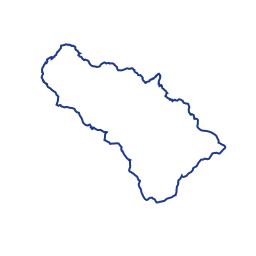 the district of Dragomiresti, Maramures, Romania, rotated 286°
{"feature_id": "2599482B97078455585458", "entity_name": "Dragomiresti", "entity_type": "district", "adm_level": 2, "iso_a3": "ROU", "parent_name": "Romania", "parent_adm1": "Maramures", "projection": "equal_earth", "projection_center": [24.279, 47.603], "detail": "fine", "context": "isolated", "style": "outline", "palette": "blue", "viewbox_px": 256, "rotation_deg": 286, "n_neighbors": 0, "source": "geoboundaries", "source_scale": "gbopen_adm2", "svg_char_len": 5822}
<svg xmlns="http://www.w3.org/2000/svg" viewBox="0 0 256 256"><g transform="rotate(286 128 128)"><path d="M148.9,194.1L150.4,194.1L154.8,193.1L155.5,192.2L155.7,191.5L155.7,190.6L155.1,189.7L155.1,189.3L155.3,189.0L157.3,188.2L158.6,187.5L158.9,185.3L158.6,185.0L158.1,184.9L158.1,184.5L158.3,184.1L159.2,183.4L160.0,182.2L162.9,181.1L164.8,181.3L165.4,180.8L167.7,179.3L167.8,178.6L167.5,176.2L167.6,174.6L168.0,174.0L168.8,173.7L169.6,171.7L169.8,169.8L169.7,169.2L169.2,168.7L168.0,168.0L167.7,166.5L167.7,166.1L168.1,165.6L168.1,165.3L167.2,164.3L166.4,163.6L166.9,163.4L167.0,163.0L167.2,162.8L166.6,162.2L166.7,161.9L167.1,161.7L166.9,161.1L167.2,161.2L167.4,160.9L167.6,159.6L167.4,159.1L168.0,157.3L168.7,156.0L168.8,155.2L169.2,155.1L169.9,155.6L171.9,155.4L172.3,155.6L172.5,156.0L173.8,154.3L175.3,151.4L175.4,150.6L175.9,149.9L177.7,149.0L177.9,148.8L177.8,148.3L178.4,148.1L178.2,147.6L177.1,147.2L176.9,146.8L178.0,146.5L178.4,145.4L178.8,145.2L179.4,145.3L179.6,145.5L180.1,145.1L181.1,144.7L182.3,144.7L184.3,145.1L185.5,145.0L186.0,144.7L186.7,144.9L187.8,144.0L188.7,142.9L188.3,142.1L187.0,141.7L186.8,141.2L186.1,140.6L185.3,140.8L185.0,140.2L184.0,139.9L183.1,139.1L182.4,139.0L182.3,138.8L182.5,138.6L182.5,138.2L181.9,137.6L181.1,137.4L180.8,136.4L180.1,135.8L178.8,135.8L178.4,134.7L177.5,133.7L177.1,132.8L176.2,132.6L176.2,132.0L177.4,130.5L177.5,130.0L178.6,128.8L179.1,128.4L180.2,128.4L181.4,126.9L182.3,125.2L181.8,124.4L181.7,123.1L183.1,122.0L183.8,119.1L184.6,118.4L185.6,118.1L185.5,117.4L186.5,116.1L186.5,115.7L186.5,115.0L185.7,114.0L185.1,112.9L185.2,111.6L185.0,110.4L183.2,108.3L181.6,105.9L181.1,103.7L180.8,103.0L180.9,102.3L181.8,101.4L183.5,100.6L183.8,99.7L184.7,98.4L185.0,97.3L185.7,96.7L185.7,96.1L185.9,95.5L185.2,93.1L184.9,92.6L185.0,91.8L185.2,91.7L185.1,91.3L184.5,89.9L184.0,89.3L184.4,88.2L184.5,87.3L182.4,85.0L181.1,84.3L179.6,83.9L179.2,83.6L178.0,81.0L178.1,80.1L178.0,79.3L178.1,78.4L177.7,77.6L177.7,76.5L178.3,74.7L179.1,73.8L179.3,73.2L180.6,72.3L180.9,71.8L181.4,71.6L181.9,69.6L181.9,67.8L181.5,67.5L181.5,67.2L181.2,67.1L181.2,66.9L181.7,66.2L181.7,65.5L183.4,63.7L183.5,63.3L183.4,62.0L183.9,61.2L184.3,60.2L185.4,60.3L186.5,61.3L186.6,60.6L187.0,60.0L187.1,59.4L188.4,58.2L188.4,57.5L188.7,56.4L189.1,56.2L189.5,55.5L190.9,55.2L191.3,55.0L191.5,54.7L191.4,54.4L191.7,53.9L191.6,53.3L192.0,52.4L191.4,51.7L191.3,50.8L192.0,50.0L191.9,49.1L191.5,48.6L191.7,48.3L191.7,47.6L191.3,46.9L191.4,46.6L191.4,45.8L191.3,45.1L190.3,44.2L190.2,43.7L189.2,42.2L188.9,41.1L187.4,41.1L186.5,41.5L183.5,40.3L182.4,39.8L182.1,39.4L181.8,39.5L180.9,38.9L178.4,38.8L177.9,38.2L177.1,37.6L176.1,37.6L175.4,36.8L173.9,36.1L173.4,35.6L175.2,35.4L175.2,34.9L174.3,34.0L174.2,33.6L173.7,33.3L172.3,31.9L171.8,31.7L171.4,31.3L170.9,31.3L170.0,32.1L168.1,31.9L167.7,31.7L167.4,31.0L167.8,30.6L167.0,30.5L165.7,29.9L164.1,29.8L162.1,29.2L160.6,29.2L159.5,29.7L158.2,29.9L158.2,30.2L158.0,30.6L156.6,31.4L155.0,31.1L152.8,31.0L150.3,33.6L150.1,33.4L149.5,34.4L149.1,34.2L148.2,36.4L148.3,36.9L148.0,37.1L148.0,37.4L147.8,37.4L147.7,38.2L146.9,38.3L145.3,39.8L144.7,42.4L144.2,43.1L144.2,43.5L143.6,44.1L143.2,45.7L142.8,46.3L142.6,47.8L141.7,49.1L140.3,50.0L139.1,52.3L137.7,52.6L136.6,52.6L136.0,52.9L134.6,53.1L130.7,52.9L130.2,55.1L131.0,55.7L131.4,56.9L130.8,57.3L130.6,57.6L130.4,58.7L130.4,60.7L130.4,61.5L131.2,62.7L131.4,63.7L131.4,66.4L131.8,68.9L131.6,71.1L131.4,71.6L130.4,72.2L129.3,74.0L129.1,75.0L129.1,75.5L129.0,76.0L129.1,76.6L128.4,76.9L126.4,78.6L125.0,80.3L122.9,82.0L121.3,82.9L120.3,84.1L119.4,85.9L119.2,87.7L119.3,88.8L119.8,89.0L120.8,90.3L120.3,90.7L119.7,91.7L119.2,92.0L118.7,92.0L118.9,92.6L118.5,93.1L118.0,93.3L117.6,93.1L117.3,93.5L118.0,93.7L118.0,94.2L117.7,94.1L117.6,94.3L118.1,94.7L118.2,93.8L118.3,93.8L119.0,95.0L119.0,95.3L118.2,96.5L117.7,99.1L118.1,100.5L118.0,100.9L118.6,102.2L118.1,104.1L117.9,104.3L117.5,106.3L117.9,107.2L118.1,108.1L118.1,108.8L116.5,107.9L115.6,107.8L111.5,108.6L109.9,108.7L109.7,109.5L109.8,110.0L109.3,111.6L109.0,113.9L108.7,114.3L108.2,114.7L107.8,115.3L108.2,115.8L109.2,118.8L109.8,120.3L110.4,122.2L110.5,123.2L108.3,126.2L107.9,127.1L105.7,127.3L104.7,128.3L104.4,128.3L104.3,128.8L104.0,129.0L104.1,129.3L103.8,129.6L102.1,130.9L100.1,133.3L99.6,134.3L98.7,135.1L98.5,135.9L97.4,137.8L97.5,138.0L98.0,138.3L97.9,139.1L97.3,139.1L97.3,138.8L97.7,138.5L97.6,138.3L97.2,138.5L96.8,139.1L95.0,139.5L91.8,140.7L90.6,140.9L89.9,140.7L88.0,140.7L87.1,141.0L86.6,141.7L86.4,143.5L85.8,144.6L85.8,145.5L84.7,147.6L83.7,150.2L82.7,151.1L82.1,151.4L81.1,152.3L80.8,152.6L80.8,153.6L80.6,154.0L80.0,154.1L77.0,153.8L75.9,154.2L74.7,155.2L73.9,155.6L73.6,156.0L73.5,156.4L73.0,157.0L69.7,158.8L66.7,161.3L64.6,163.6L64.0,165.3L64.0,166.0L64.2,166.3L66.6,168.0L67.1,168.9L67.7,170.3L67.0,171.3L67.0,172.6L66.8,173.3L65.5,174.6L64.7,175.7L64.3,175.9L64.9,177.7L65.8,178.8L66.4,180.4L67.2,181.3L67.3,181.9L68.0,183.1L70.4,184.6L70.9,185.1L73.6,189.3L74.7,190.1L76.5,192.0L76.6,192.3L77.6,192.1L78.3,192.3L79.7,192.3L80.8,192.1L81.4,191.7L82.4,191.7L84.8,191.2L85.8,191.3L87.1,191.7L88.7,191.6L89.1,191.5L89.5,191.1L90.2,191.2L91.3,190.9L91.7,190.9L93.0,191.9L93.8,192.2L95.9,192.8L96.9,192.9L96.4,193.3L96.2,193.9L96.3,194.8L97.0,196.1L98.2,197.4L101.0,198.7L103.1,200.8L105.5,201.9L106.8,201.7L107.6,201.9L110.2,204.5L114.0,205.3L117.6,206.9L117.9,207.4L118.2,208.5L118.6,209.2L119.7,210.2L119.9,213.0L120.8,214.4L126.9,216.2L128.6,219.9L128.4,222.1L128.8,223.2L133.8,225.7L135.5,226.8L136.6,226.7L136.9,226.5L137.6,225.3L137.9,224.5L137.8,223.6L138.8,220.2L138.8,219.1L140.9,218.6L143.3,216.3L144.6,215.3L145.4,213.9L145.7,212.8L146.2,211.9L146.2,210.8L146.6,210.1L146.9,206.7L146.8,204.7L146.1,200.7L146.0,198.9L146.8,196.6L147.4,195.5L148.3,194.4L148.9,194.1Z" fill="none" stroke="#1e3a8a" stroke-width="2"/></g></svg>